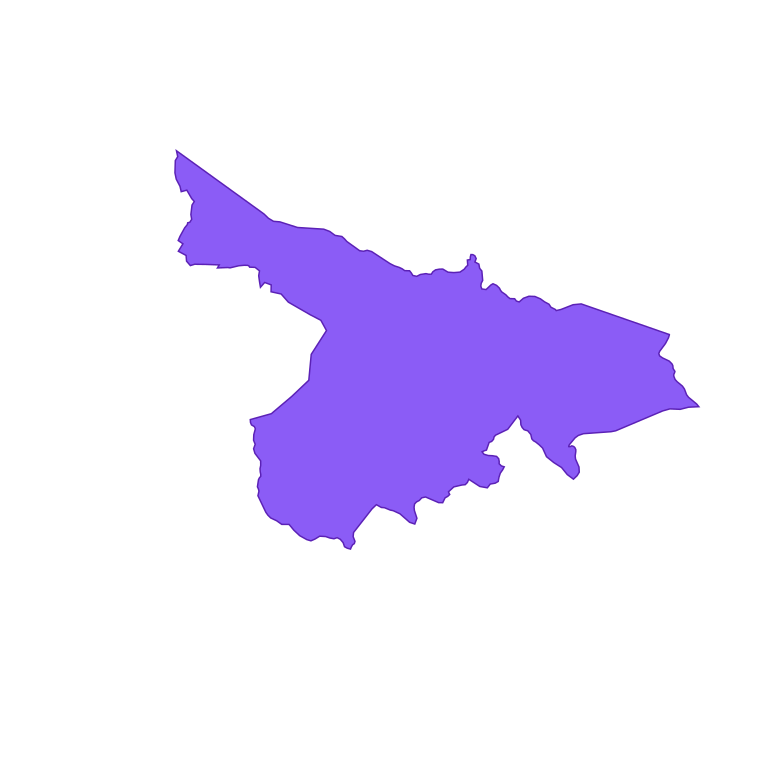 the Region of Assaba, rotated 297°
{"feature_id": "MRT-2789", "entity_name": "Assaba", "entity_type": "Region", "adm_level": 1, "iso_a3": "MRT", "parent_name": "Mauritania", "parent_adm1": "", "projection": "natural_earth1", "projection_center": [-11.553, 16.707], "detail": "fine", "context": "isolated", "style": "filled", "palette": "violet", "viewbox_px": 768, "rotation_deg": 297, "n_neighbors": 0, "source": "natural_earth", "source_scale": "10m", "svg_char_len": 3840}
<svg xmlns="http://www.w3.org/2000/svg" viewBox="0 0 768 768"><g transform="rotate(297 384 384)"><path d="M506.7,674.8L501.6,665.9L495.9,659.4L491.6,650.0L486.5,644.5L447.5,611.7L444.6,608.0L430.3,584.3L426.4,580.5L422.8,578.7L414.0,576.7L412.6,576.8L412.1,577.0L412.4,577.8L412.8,578.3L413.3,578.8L414.0,579.2L414.3,580.1L414.4,581.1L414.3,582.0L414.0,582.9L412.6,584.7L410.8,585.6L406.7,587.0L404.1,588.7L398.6,595.4L394.1,598.0L390.0,597.7L385.8,596.2L385.2,596.0L386.5,588.4L390.2,580.1L391.1,570.8L393.0,561.8L398.9,554.4L400.3,549.8L401.2,545.4L401.3,542.9L402.2,540.6L405.7,537.7L407.6,533.2L407.2,531.6L406.9,529.5L408.0,526.8L409.8,524.5L413.8,522.1L416.3,517.8L399.8,514.8L389.0,506.6L386.7,506.1L384.4,506.7L381.7,506.0L379.7,504.2L371.6,505.3L369.9,503.5L368.1,502.2L366.8,505.0L367.6,509.3L369.3,513.1L370.6,517.2L369.5,520.1L367.3,521.8L365.2,522.8L364.3,525.8L364.8,528.7L361.5,528.7L357.3,528.1L353.0,528.8L349.0,530.0L346.1,528.1L343.1,524.1L338.4,523.2L336.2,515.9L337.6,502.8L334.1,503.0L331.2,502.1L329.4,499.3L324.0,492.9L317.2,490.4L316.1,491.7L315.4,492.7L312.8,491.8L310.3,490.1L304.9,490.2L303.1,486.6L302.2,472.3L299.7,469.3L296.2,468.3L293.7,466.5L291.0,465.7L287.9,466.7L285.1,468.5L279.3,474.3L273.2,475.0L272.4,469.6L275.6,457.1L275.3,449.7L274.5,446.8L274.0,440.6L272.8,437.7L273.0,432.0L267.2,430.0L237.9,424.3L234.0,425.8L230.6,429.6L228.3,430.0L226.4,429.0L223.8,428.9L221.7,429.1L221.0,425.8L221.1,422.7L224.1,419.6L225.8,415.5L225.8,412.0L223.4,409.7L222.2,405.7L221.6,401.3L219.2,395.8L214.5,392.9L211.1,390.1L210.3,385.8L210.6,377.7L212.8,370.1L215.8,363.2L212.5,356.6L213.4,350.4L213.2,343.9L214.4,340.1L216.1,336.9L227.2,322.4L231.8,321.2L233.6,319.6L234.9,317.9L241.8,315.6L243.8,315.6L245.8,316.1L247.7,315.1L249.4,313.7L252.2,312.0L255.5,311.1L259.5,309.0L263.6,300.5L267.1,297.2L271.8,296.6L274.7,293.3L279.7,291.0L285.7,289.7L287.2,287.8L287.4,284.5L289.1,282.5L291.6,281.0L306.4,297.1L331.2,307.5L353.2,315.3L377.4,305.7L405.5,308.5L412.1,298.8L412.2,286.9L413.5,261.6L417.5,251.5L414.9,241.5L421.1,238.5L420.3,231.6L414.1,230.0L418.7,226.6L423.6,223.2L428.3,221.7L429.4,216.2L427.1,211.2L427.9,210.0L427.8,208.6L426.3,205.5L423.4,200.9L417.6,194.1L416.8,191.8L411.8,182.9L415.3,183.1L409.5,170.6L405.7,162.9L404.9,161.1L401.6,157.7L403.8,152.3L408.7,149.3L408.9,140.5L417.6,141.2L418.4,135.5L422.9,135.2L432.6,135.5L436.9,136.4L438.5,135.9L439.9,137.5L443.4,137.9L447.3,135.0L456.3,131.7L460.5,132.1L461.9,128.5L467.2,120.3L463.3,116.0L467.5,112.5L472.2,105.9L477.2,101.9L488.4,96.6L492.9,97.0L497.6,93.2L481.0,199.9L479.2,205.8L478.8,211.7L481.2,217.6L484.2,235.9L494.6,260.0L495.3,266.4L494.2,272.9L496.3,279.5L495.4,282.9L494.1,286.2L491.7,301.8L493.0,305.5L495.5,308.3L496.4,312.9L494.0,334.7L494.0,339.7L494.8,344.6L494.9,347.8L494.4,351.0L496.5,355.4L495.3,358.0L493.8,360.4L494.8,364.3L498.1,366.7L501.4,371.3L502.1,374.0L503.3,376.3L506.2,376.6L509.1,378.1L511.4,381.1L513.1,384.2L512.7,390.3L515.0,395.7L518.2,400.9L522.8,403.4L525.3,403.8L527.8,404.7L532.3,402.0L534.0,404.3L536.5,403.2L538.8,402.7L539.6,404.4L539.5,406.7L537.6,409.2L534.0,409.6L533.9,414.1L530.5,416.7L529.1,419.9L521.1,424.9L517.9,424.9L515.2,425.8L513.1,428.0L514.5,432.1L520.8,434.3L522.8,435.6L523.0,439.5L521.8,443.4L520.5,445.1L519.5,447.1L518.8,452.1L517.8,454.8L517.3,457.5L519.3,461.7L518.0,464.3L518.5,467.2L523.7,469.3L528.0,473.3L530.5,478.7L530.9,484.8L530.1,489.7L530.0,494.8L528.2,497.9L528.2,502.9L527.6,504.1L530.7,507.8L540.5,516.5L544.9,523.4L557.6,615.8L557.2,616.0L554.2,616.5L547.8,616.4L538.4,614.8L535.9,615.0L534.2,616.8L533.7,620.3L533.9,627.8L532.6,631.6L531.5,633.0L529.0,634.6L527.3,637.5L526.0,637.8L524.4,637.8L522.7,638.5L520.2,641.3L519.1,644.2L517.6,650.9L515.9,654.0L511.8,658.5L510.4,661.4L508.1,671.7L506.7,674.8Z" fill="#8b5cf6" stroke="#5b21b6" stroke-width="1.5"/></g></svg>